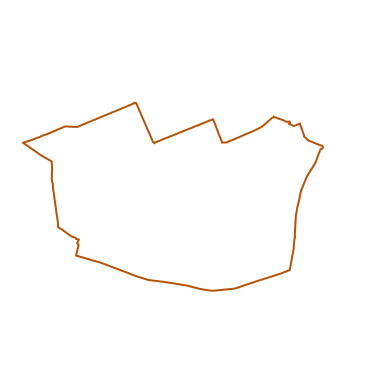 the district of Salcia, Mehedinti, Romania, rotated 338°
{"feature_id": "2599482B75915062228014", "entity_name": "Salcia", "entity_type": "district", "adm_level": 2, "iso_a3": "ROU", "parent_name": "Romania", "parent_adm1": "Mehedinti", "projection": "equal_earth", "projection_center": [22.928, 44.139], "detail": "fine", "context": "isolated", "style": "outline", "palette": "amber", "viewbox_px": 384, "rotation_deg": 338, "n_neighbors": 0, "source": "geoboundaries", "source_scale": "gbopen_adm2", "svg_char_len": 4951}
<svg xmlns="http://www.w3.org/2000/svg" viewBox="0 0 384 384"><g transform="rotate(338 192 192)"><path d="M329.7,197.7L329.3,197.4L327.5,195.8L325.1,193.5L324.3,192.7L323.9,192.3L322.8,191.3L322.7,191.2L321.6,190.3L321.3,190.0L320.4,189.0L319.8,188.4L319.2,187.8L318.9,187.2L317.8,184.8L316.9,182.9L316.7,182.4L317.1,181.9L317.2,181.0L317.1,179.8L317.4,175.4L317.3,174.9L317.4,174.6L317.5,172.6L317.5,172.0L317.4,170.7L317.6,168.9L313.4,169.1L311.4,169.1L310.3,168.1L307.5,165.3L307.9,165.1L308.9,164.5L309.1,164.1L309.1,163.8L309.0,163.6L308.7,163.2L308.1,163.0L307.0,162.8L306.4,162.5L305.7,162.0L305.0,161.5L304.8,161.1L304.2,160.3L303.2,159.3L299.8,156.4L296.6,153.5L296.1,152.8L295.8,153.1L295.5,153.2L295.2,153.4L294.4,153.2L294.1,153.2L290.1,154.6L288.8,155.1L287.3,155.6L286.0,156.1L281.3,157.7L273.9,158.3L270.6,158.4L267.5,158.5L265.6,158.5L262.1,158.6L260.6,158.6L259.0,158.7L255.0,158.8L252.9,158.8L249.6,158.9L246.7,158.9L242.7,159.0L238.9,157.6L238.3,157.4L238.3,157.2L238.5,156.1L238.5,155.5L238.5,151.0L238.6,146.9L238.6,144.8L238.7,143.6L238.6,143.1L238.7,142.5L238.7,140.4L238.8,137.1L238.8,136.1L238.8,133.0L238.8,132.8L238.6,132.6L238.3,132.6L238.2,132.5L238.2,132.4L237.0,132.4L233.9,132.3L232.0,132.4L229.5,132.4L226.6,132.3L225.6,132.4L224.3,132.4L223.8,132.4L221.2,132.4L218.7,132.3L216.9,132.4L211.8,132.3L209.7,132.4L207.9,132.3L205.5,132.3L200.8,132.3L199.9,132.4L198.2,132.3L196.7,132.4L192.7,132.3L191.2,132.3L184.6,132.3L183.2,132.3L179.6,132.3L176.0,132.3L175.8,132.3L175.7,132.4L175.5,131.8L175.2,131.8L174.8,131.8L174.6,131.6L174.6,129.5L174.5,128.7L174.5,124.8L174.4,123.9L174.5,122.3L174.4,120.8L174.3,119.3L174.2,118.8L174.2,118.4L174.3,118.1L174.2,117.0L174.3,115.5L174.1,113.0L174.1,111.4L174.1,110.8L174.1,110.5L174.0,107.1L174.0,105.9L173.9,105.1L173.9,104.3L173.9,102.6L173.8,100.3L173.8,99.5L173.8,98.6L173.7,97.3L173.7,95.6L173.7,93.9L173.6,91.8L173.5,88.5L173.3,88.4L173.2,88.3L172.7,88.1L172.3,87.9L172.3,88.1L169.2,88.1L166.4,88.1L163.7,88.2L162.7,88.2L160.0,88.2L157.6,88.2L155.6,88.3L151.1,88.3L149.5,88.3L146.1,88.3L142.6,88.4L140.8,88.4L138.2,88.4L135.5,88.4L133.1,88.5L130.4,88.5L126.4,88.5L125.1,88.6L123.2,88.5L120.4,88.6L118.5,88.6L114.4,88.6L112.6,88.7L110.1,88.7L109.8,88.6L109.6,88.6L109.4,88.4L108.8,88.2L108.5,88.1L108.2,88.0L106.1,87.0L105.2,86.5L103.5,85.8L102.4,85.3L101.0,84.6L99.5,83.9L99.1,83.7L98.5,83.7L98.0,83.7L96.9,83.7L95.7,83.8L92.6,83.8L90.9,83.8L88.7,83.9L86.5,83.9L82.9,84.0L79.2,84.0L74.7,83.8L73.3,83.8L72.5,83.9L71.3,84.0L70.4,84.0L68.9,83.8L68.1,83.8L66.1,83.7L63.7,83.7L63.3,83.8L63.2,83.8L62.8,83.7L62.5,83.7L61.8,83.7L61.3,83.6L60.5,83.6L59.6,83.4L59.0,83.4L54.8,83.1L54.0,83.1L53.8,83.2L55.0,84.9L57.5,88.7L58.7,90.6L61.0,94.0L62.1,95.8L63.1,97.2L64.6,99.6L65.9,101.6L66.8,102.8L67.5,103.6L68.7,105.3L70.1,106.9L71.0,108.1L73.2,110.9L73.3,111.1L72.7,112.7L72.4,114.1L71.9,115.4L71.6,116.4L70.9,118.6L69.6,120.9L69.5,121.5L69.2,122.2L69.0,122.5L68.0,125.2L67.3,126.0L67.1,126.4L67.0,126.8L66.8,127.7L66.5,129.1L66.1,130.5L66.1,130.9L66.1,131.4L66.0,131.9L65.8,132.7L65.5,133.9L65.0,134.9L64.4,136.7L64.3,137.6L63.9,138.9L63.9,139.4L63.8,139.8L63.7,140.3L63.8,140.6L63.6,141.0L63.4,141.7L63.3,142.1L63.2,142.5L62.8,143.6L62.7,144.1L62.7,144.5L62.5,145.0L62.3,145.6L61.8,147.2L61.4,149.3L61.0,150.4L60.9,151.5L60.7,151.9L60.6,152.4L60.1,154.0L60.1,154.3L59.8,155.9L59.6,156.5L59.4,157.4L58.4,160.7L58.4,161.4L58.1,162.4L57.8,163.3L57.7,164.1L57.6,164.5L57.5,164.9L57.5,165.4L57.3,165.8L55.9,171.3L54.6,174.4L54.6,174.5L55.6,175.7L56.2,176.5L57.8,178.7L58.7,180.3L59.9,182.1L61.2,184.3L62.0,185.4L62.2,185.9L63.4,187.8L64.2,188.6L66.7,190.7L67.0,191.1L66.9,192.0L67.4,192.3L69.2,193.7L68.8,194.2L68.0,195.0L67.6,195.4L66.4,196.3L66.4,196.5L67.0,197.7L67.0,198.2L66.6,198.5L66.8,199.0L63.4,203.7L60.7,207.5L65.8,211.6L66.3,211.9L67.1,212.5L72.5,216.8L79.8,222.4L87.3,229.2L88.2,230.0L88.5,230.4L99.4,240.4L108.8,249.2L118.7,257.3L130.1,263.6L131.3,264.2L132.1,264.7L141.5,270.3L152.6,277.1L163.0,284.8L166.8,287.2L167.6,287.6L173.7,291.2L195.5,297.6L217.8,298.9L243.7,300.9L253.4,300.9L255.1,298.3L260.9,289.1L265.2,282.5L265.8,281.0L267.2,278.2L268.7,275.2L269.8,273.3L270.1,273.0L270.5,272.7L270.8,272.3L270.9,272.0L270.8,271.5L271.9,268.9L273.5,265.4L275.3,261.6L277.9,256.2L279.7,252.3L280.1,251.7L281.0,250.4L282.2,248.4L284.2,245.2L285.9,243.0L286.9,241.7L288.3,239.5L290.5,236.2L292.2,233.6L293.5,231.7L295.6,229.6L297.5,227.6L299.4,225.7L300.6,224.4L302.0,223.0L304.0,221.0L304.7,220.3L305.9,219.7L306.6,218.8L306.9,218.7L308.3,217.7L310.8,215.9L314.1,213.6L316.6,211.8L318.9,209.5L321.0,207.1L323.1,204.8L324.6,203.3L324.8,203.1L325.3,202.6L326.0,201.7L326.3,201.3L326.7,201.0L326.9,200.8L327.3,200.6L327.5,200.5L327.8,200.5L328.1,200.5L328.4,200.6L328.6,200.6L329.0,200.6L329.5,200.4L329.9,200.1L330.1,199.5L330.2,199.3L330.2,198.9L330.2,198.6L330.2,198.4L330.1,198.2L329.8,198.0L329.6,197.8L329.7,197.7Z" fill="none" stroke="#b45309" stroke-width="2"/></g></svg>